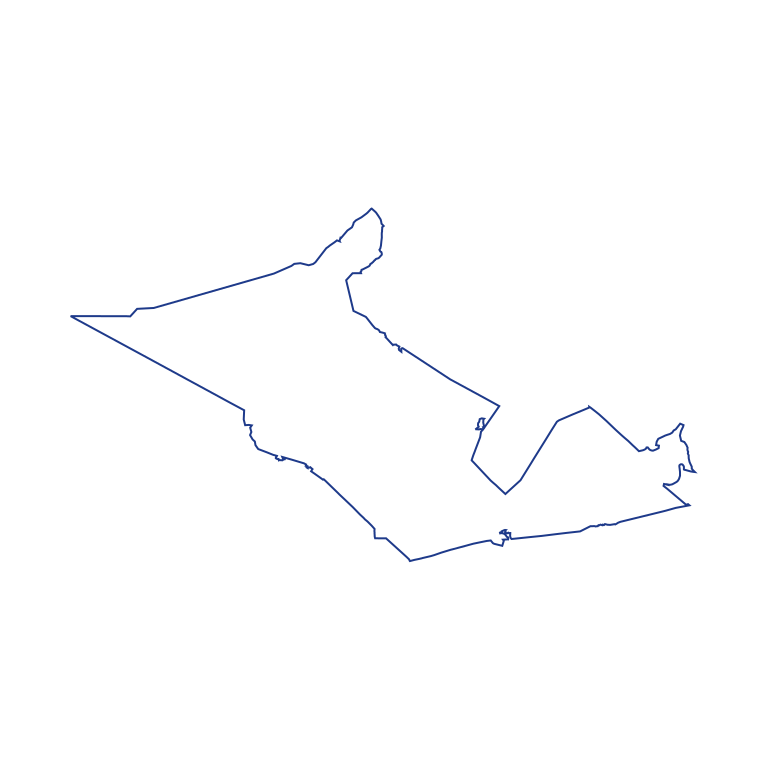 Coatlán del Río, Morelos, Mexico (Natural Earth projection), rotated 277°
{"feature_id": "50627088B55233525258016", "entity_name": "Coatlán del Río", "entity_type": "district", "adm_level": 2, "iso_a3": "MEX", "parent_name": "Mexico", "parent_adm1": "Morelos", "projection": "natural_earth1", "projection_center": [-99.448, 18.734], "detail": "fine", "context": "isolated", "style": "outline", "palette": "blue", "viewbox_px": 768, "rotation_deg": 277, "n_neighbors": 0, "source": "geoboundaries", "source_scale": "gbopen_adm2", "svg_char_len": 5660}
<svg xmlns="http://www.w3.org/2000/svg" viewBox="0 0 768 768"><g transform="rotate(277 384 384)"><path d="M295.5,314.3L294.7,316.2L294.6,316.5L293.2,316.3L293.2,317.0L293.1,318.1L292.7,318.2L291.7,317.5L291.2,318.6L291.9,318.6L292.0,318.7L292.0,320.6L292.4,321.0L290.8,323.4L289.7,322.8L289.3,322.7L288.5,322.3L287.0,325.1L286.7,325.7L281.6,335.1L282.1,335.8L280.8,337.6L270.2,351.6L269.0,353.1L258.0,368.0L251.5,376.1L248.6,380.1L247.3,381.6L245.5,384.4L241.9,389.0L239.0,392.3L236.9,392.4L235.1,392.8L234.6,392.8L233.1,393.1L231.3,393.4L229.8,394.0L230.8,402.9L231.1,404.8L215.1,427.5L213.0,430.3L211.6,431.1L211.4,431.3L213.2,435.8L214.9,440.9L215.0,441.0L215.5,442.5L216.0,443.6L218.9,451.5L220.3,454.7L223.6,461.4L227.6,470.4L228.2,472.0L233.2,484.4L235.3,489.5L236.4,492.2L238.6,498.7L239.5,501.4L240.9,505.6L240.9,505.8L241.7,509.0L239.3,511.5L238.8,512.9L238.2,517.8L237.8,521.1L242.9,522.0L243.9,521.2L244.0,521.1L244.9,525.9L244.9,526.1L245.6,526.1L246.9,525.8L247.3,524.5L249.1,523.0L249.7,521.8L250.1,521.5L250.2,521.0L250.3,518.6L249.9,517.5L250.6,517.2L250.9,517.5L251.4,519.2L251.5,519.2L252.2,518.9L252.4,519.2L253.5,521.0L253.9,521.9L253.9,522.7L253.1,522.1L252.9,522.4L251.8,522.8L251.7,522.3L251.0,522.3L250.5,523.3L250.9,524.0L250.9,524.7L251.4,525.2L251.6,525.5L251.4,526.0L251.1,526.4L251.5,527.4L251.5,527.5L248.5,527.7L247.4,528.1L246.7,528.4L245.7,529.5L249.9,547.8L252.2,558.0L252.4,558.9L255.9,572.9L258.4,583.1L261.6,596.6L268.0,606.2L268.1,606.9L268.6,610.4L268.4,611.4L268.7,612.3L268.9,613.4L269.9,614.0L269.7,614.4L269.9,614.7L270.6,615.7L270.8,616.1L270.4,617.9L271.1,618.4L270.7,619.1L270.8,619.6L271.9,620.4L271.5,623.3L271.8,625.9L273.0,630.0L272.8,630.6L273.6,631.8L274.8,633.2L276.0,635.4L291.2,675.5L292.6,679.1L296.6,688.7L300.8,701.9L301.8,700.4L301.0,698.5L314.5,677.9L316.9,673.9L318.9,674.1L318.5,677.9L318.9,677.6L318.9,677.8L318.8,678.9L318.8,680.0L319.1,681.1L319.6,682.4L320.8,684.1L322.5,686.4L323.8,687.5L325.8,688.4L329.0,689.0L332.9,688.5L336.2,687.7L338.1,687.2L338.9,687.1L339.6,687.3L340.4,688.2L340.6,689.1L340.5,690.0L339.4,691.2L338.3,691.8L337.2,691.9L336.4,692.0L335.7,692.1L335.5,692.6L335.4,693.7L335.2,695.1L334.6,699.0L334.5,701.3L334.5,703.3L336.2,701.1L337.5,699.8L339.5,699.5L341.8,698.0L343.8,696.8L347.4,695.5L349.2,695.2L350.3,695.1L351.6,694.3L352.3,694.0L353.2,694.2L353.9,694.1L354.8,693.5L356.2,693.1L357.8,693.1L359.2,692.2L360.0,691.8L361.3,690.7L363.0,689.2L363.8,685.9L368.9,684.0L373.3,684.5L378.1,686.1L379.7,686.3L380.7,682.8L374.6,679.1L373.2,677.2L370.9,676.0L369.3,674.0L368.1,671.4L367.0,669.2L366.4,668.3L363.0,662.9L360.0,661.7L356.5,661.5L356.3,664.4L354.9,664.4L353.8,664.4L352.0,661.7L350.6,659.1L350.6,657.8L350.9,656.4L351.5,655.3L353.2,653.5L353.0,652.3L352.0,652.0L351.3,651.5L350.4,650.2L349.8,649.1L348.4,645.2L349.7,643.5L351.8,640.7L353.5,638.3L357.2,633.4L359.7,629.6L361.6,626.8L363.0,624.8L366.7,619.6L374.4,609.3L378.1,604.0L380.2,601.0L383.2,596.1L385.7,591.9L386.4,590.5L385.7,590.7L382.1,584.4L376.8,575.0L369.2,562.0L367.6,560.2L358.1,555.7L348.5,551.3L328.3,541.9L322.8,539.4L305.1,531.2L295.8,523.2L294.3,521.9L289.6,517.9L292.5,513.9L294.8,510.7L297.3,507.4L299.2,504.5L299.4,504.2L301.2,501.6L316.8,482.9L318.9,480.3L319.1,480.3L323.6,481.2L325.7,481.7L328.0,482.3L330.2,482.8L342.8,485.9L348.4,486.1L351.2,487.9L351.0,485.0L350.5,483.8L350.3,480.9L350.0,480.2L351.6,481.8L353.1,483.2L354.5,482.3L356.6,482.2L358.1,483.1L360.8,483.3L361.8,485.2L361.7,487.6L360.9,487.0L357.8,487.2L355.0,488.2L353.0,488.5L353.0,487.7L351.8,488.3L376.1,501.1L381.0,488.9L396.7,449.1L421.7,398.4L421.8,397.7L421.1,396.8L418.1,397.3L419.6,394.8L420.9,394.3L423.0,394.7L423.8,392.4L424.7,391.1L424.5,390.7L424.2,388.5L423.7,388.1L425.9,385.5L426.3,385.0L426.4,384.9L430.1,380.6L430.3,380.3L430.4,380.1L430.7,379.8L430.9,379.9L431.4,380.1L432.4,379.6L432.5,379.3L432.8,379.3L434.2,378.5L434.4,378.6L434.6,377.9L434.9,375.7L435.1,373.6L436.6,372.6L436.9,372.2L437.6,370.9L438.1,368.8L438.3,368.5L438.4,368.2L441.2,365.1L447.1,359.2L448.4,357.8L452.8,344.8L482.4,333.8L490.1,339.3L491.2,347.7L492.2,347.2L492.4,347.1L493.5,347.8L494.2,347.7L494.6,347.8L495.2,349.0L498.2,353.5L499.0,354.6L499.6,355.2L500.2,355.5L501.0,355.7L501.7,356.0L502.1,356.9L503.1,357.6L503.6,358.2L504.3,358.6L504.7,359.0L505.5,359.4L506.0,360.1L506.7,360.4L507.3,361.1L508.0,362.8L508.7,363.7L512.0,366.0L512.7,366.0L513.8,365.7L514.7,365.2L515.0,364.3L516.6,363.1L518.1,363.8L521.0,364.1L525.5,364.0L529.0,364.0L532.6,363.5L533.9,363.4L535.1,363.5L536.6,363.3L537.9,363.3L539.4,363.1L540.8,364.4L542.8,362.0L544.9,361.4L546.9,360.6L550.4,357.7L553.1,355.3L553.9,354.3L556.6,350.4L556.2,349.8L552.1,346.8L550.9,345.7L546.7,341.3L543.0,336.2L540.6,334.3L538.5,334.0L535.6,333.1L531.9,329.0L523.7,323.6L523.9,323.0L520.5,322.4L520.2,322.6L520.8,319.8L519.6,318.6L518.7,317.7L514.8,313.3L513.3,311.9L511.8,310.2L496.5,301.1L494.5,299.1L492.7,294.8L493.7,286.3L492.3,280.3L489.9,277.7L480.2,261.3L431.4,146.2L428.5,129.8L420.2,123.9L419.9,120.2L413.2,64.7L409.8,73.2L384.7,137.1L346.6,233.7L340.9,248.4L331.7,249.1L326.2,251.2L326.9,254.8L326.8,257.8L324.3,256.5L320.2,258.2L317.0,257.3L315.6,258.3L315.0,258.8L313.0,260.3L311.2,262.8L310.9,262.9L307.6,263.9L304.3,266.9L304.1,267.1L303.1,271.2L301.9,276.1L300.6,281.0L300.1,282.9L300.0,283.9L299.6,286.5L298.5,286.1L298.1,285.7L297.3,285.6L297.0,285.9L296.5,287.3L296.5,287.8L296.7,288.5L296.2,288.8L295.5,289.0L295.7,289.3L295.9,292.5L296.4,292.9L296.6,293.3L297.0,293.8L297.1,294.2L297.2,294.7L297.5,294.8L297.5,295.6L297.6,295.2L297.5,292.9L299.2,291.9L297.6,302.0L295.6,313.7L295.5,314.3Z" fill="none" stroke="#1e3a8a" stroke-width="2"/></g></svg>